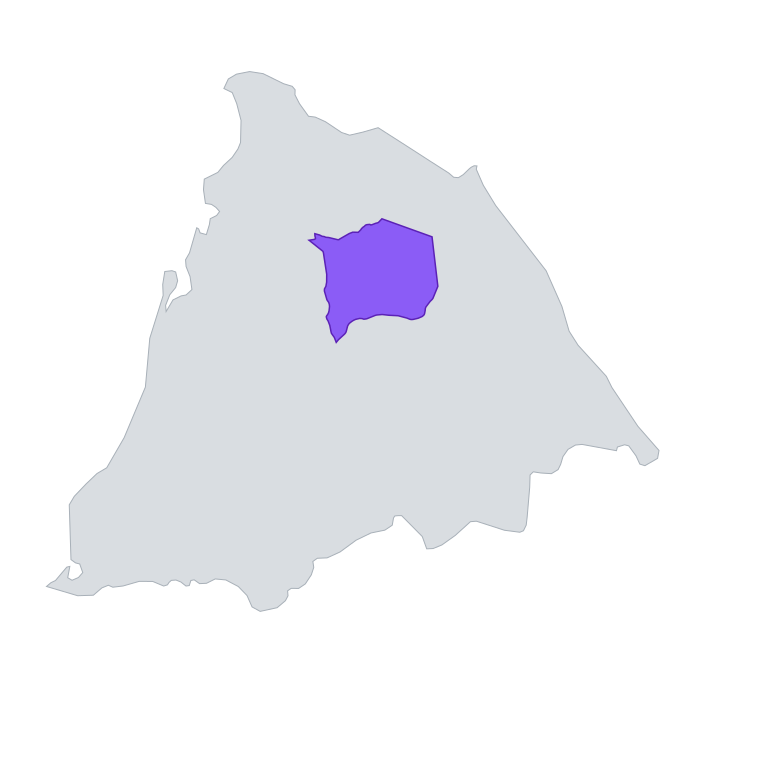 where Chontales sits in Nicaragua, rotated 193°
{"feature_id": "NIC-669", "entity_name": "Chontales", "entity_type": "Department", "adm_level": 1, "iso_a3": "NIC", "parent_name": "Nicaragua", "parent_adm1": "", "projection": "mercator", "projection_center": [-85.042, 12.14], "detail": "fine", "context": "in_parent", "style": "filled", "palette": "violet", "viewbox_px": 768, "rotation_deg": 193, "n_neighbors": 0, "source": "natural_earth", "source_scale": "10m", "svg_char_len": 3785}
<svg xmlns="http://www.w3.org/2000/svg" viewBox="0 0 768 768"><g transform="rotate(193 384 384)"><path d="M667.3,110.8L663.8,115.5L659.9,118.6L651.9,134.2L649.1,135.6L648.6,124.1L643.8,122.6L638.2,126.7L635.1,132.5L640.0,140.2L644.3,140.3L649.5,142.5L663.5,195.5L660.5,204.9L651.8,219.6L643.5,232.2L635.3,240.0L625.1,273.3L615.8,327.3L622.5,375.9L619.1,420.6L622.0,431.2L622.9,444.3L616.1,446.7L612.2,446.3L608.3,438.2L608.7,431.1L612.8,422.8L614.5,411.5L612.6,405.6L608.5,418.5L601.5,424.2L596.9,426.2L592.4,432.8L597.1,445.0L603.3,454.0L605.3,460.4L603.0,468.0L601.6,494.1L599.5,493.4L597.2,489.9L590.7,489.6L590.0,500.1L590.5,506.0L585.0,510.5L583.0,515.1L587.5,518.3L592.5,520.2L598.6,519.8L603.6,532.7L605.2,543.2L593.5,552.8L589.5,560.9L582.9,570.6L579.2,580.1L578.1,587.0L582.6,608.7L590.6,624.1L597.4,633.8L606.5,635.9L604.3,646.2L597.5,652.7L585.2,658.2L571.6,659.2L549.4,654.0L540.4,653.4L536.8,650.7L535.8,645.7L529.4,638.1L517.8,627.9L511.1,628.6L500.1,626.4L481.9,619.5L473.5,618.7L461.4,624.6L447.4,632.4L413.5,620.3L389.7,611.7L368.3,604.1L362.6,601.1L357.9,601.8L353.9,605.8L349.3,612.9L347.7,614.9L345.3,616.9L342.5,617.4L342.4,614.0L331.9,599.9L315.3,583.0L251.5,530.8L228.1,499.6L215.5,477.1L203.6,465.4L169.1,441.5L161.2,431.9L127.1,399.9L101.1,381.1L100.7,373.1L111.4,363.1L116.7,363.5L122.3,370.7L131.6,378.8L135.9,378.9L142.4,375.1L142.5,371.3L177.4,369.7L183.7,367.6L190.0,361.7L193.3,353.5L193.8,345.5L195.1,339.8L200.7,334.3L211.0,332.6L218.8,332.0L221.2,328.2L218.8,316.1L214.6,286.7L213.7,278.5L215.1,272.4L218.3,270.1L233.8,268.6L263.1,271.1L268.8,269.3L280.5,252.5L291.4,240.2L299.2,234.7L305.3,233.0L312.4,244.0L337.2,259.7L341.4,258.7L343.8,257.8L344.6,255.6L344.2,248.3L350.3,241.8L363.2,235.9L376.1,225.5L389.0,210.5L400.3,201.8L409.8,199.2L413.4,195.1L411.2,189.5L411.9,181.7L415.7,171.5L421.2,165.6L428.5,164.0L431.4,160.8L429.9,156.0L431.3,150.7L437.8,142.0L453.5,134.6L462.4,137.1L469.9,147.1L480.4,153.9L494.0,157.5L504.6,156.1L512.1,149.9L518.8,148.0L524.9,150.5L528.0,149.1L528.4,143.8L531.5,142.6L537.4,145.4L542.6,146.2L547.1,144.8L548.9,142.2L549.8,139.6L553.2,137.6L565.0,139.6L578.2,136.6L592.8,128.5L602.5,125.0L607.3,125.9L613.0,121.9L619.7,112.8L634.9,108.8L667.3,110.8Z" fill="#d9dde1" stroke="#a8b0b8" stroke-width="1"/><path d="M419.9,442.8L420.7,442.7L422.5,442.4L426.2,440.6L428.0,439.2L429.4,437.8L431.5,435.2L432.1,433.7L432.5,432.3L432.6,427.5L432.7,426.1L433.0,425.1L433.5,424.0L438.3,417.0L439.9,413.8L442.9,418.2L446.6,421.5L447.3,422.8L450.0,428.9L452.7,432.9L454.3,434.5L455.1,435.9L455.4,436.8L455.2,437.5L454.5,439.2L454.1,440.8L454.0,443.0L454.5,447.2L455.2,449.3L456.1,450.8L457.0,451.8L457.9,452.5L458.6,453.3L463.0,461.2L463.4,463.2L462.6,466.1L462.8,470.3L464.5,478.0L472.5,498.1L473.3,499.5L489.4,507.2L484.5,509.2L483.5,510.1L483.6,510.7L483.7,511.0L484.6,512.7L485.2,514.9L480.4,514.7L479.0,514.4L478.4,514.2L477.9,514.1L477.5,514.0L475.6,514.2L475.1,514.2L474.1,513.9L473.5,513.9L470.9,514.3L461.7,514.2L461.0,514.3L460.4,514.5L460.0,515.1L451.7,522.8L448.6,524.9L443.2,526.0L441.4,528.9L441.0,529.8L440.9,530.4L440.6,530.8L440.1,531.4L439.9,531.7L439.8,532.0L439.6,532.2L438.7,533.1L438.2,533.9L437.8,534.6L437.3,534.9L436.6,535.4L434.2,536.2L433.6,536.3L433.3,536.2L432.7,536.0L431.9,536.3L430.8,537.0L428.3,538.7L426.3,539.7L425.8,540.2L425.5,540.6L423.2,544.5L370.3,538.2L353.5,491.3L355.6,478.4L356.2,477.1L357.4,475.2L357.6,475.0L357.7,474.8L357.8,474.5L360.4,468.7L360.6,467.8L360.7,467.0L360.4,464.7L360.3,461.5L360.5,460.7L360.7,460.1L361.7,458.7L362.3,458.1L365.6,455.7L370.3,453.4L372.1,452.9L373.5,452.9L376.6,453.4L380.2,453.5L385.6,453.7L394.6,452.1L401.4,451.3L406.6,449.6L408.1,448.8L415.4,443.7L417.3,442.9L418.6,442.6L419.9,442.8Z" fill="#8b5cf6" stroke="#5b21b6" stroke-width="1.5"/></g></svg>